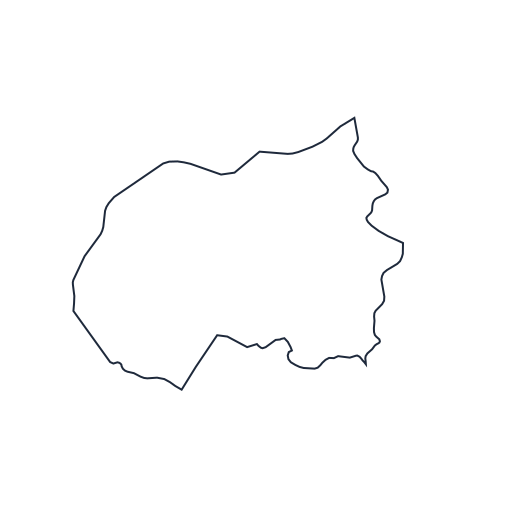 map outline of Đắk Lắk (Robinson projection), rotated 304°
{"feature_id": "VNM-477", "entity_name": "Đắk Lắk", "entity_type": "Province", "adm_level": 1, "iso_a3": "VNM", "parent_name": "Vietnam", "parent_adm1": "", "projection": "robinson", "projection_center": [108.237, 12.77], "detail": "fine", "context": "isolated", "style": "outline", "palette": "slate", "viewbox_px": 512, "rotation_deg": 304, "n_neighbors": 0, "source": "natural_earth", "source_scale": "10m", "svg_char_len": 2023}
<svg xmlns="http://www.w3.org/2000/svg" viewBox="0 0 512 512"><g transform="rotate(304 256 256)"><path d="M103.6,269.1L103.1,261.8L103.3,255.2L102.7,248.8L99.8,242.0L93.8,234.3L92.3,231.4L91.4,227.7L90.6,220.3L88.2,214.1L87.7,211.4L88.1,208.7L89.4,206.3L90.5,205.3L91.0,204.0L91.0,202.4L90.4,200.6L87.1,197.9L86.5,194.4L108.3,135.4L114.9,131.7L121.2,127.8L129.9,120.2L131.8,118.8L134.0,118.0L160.0,114.0L187.1,115.0L190.9,114.4L194.6,113.2L209.1,105.6L212.9,104.6L217.4,104.4L225.6,105.4L280.8,127.3L285.7,131.3L290.5,138.0L293.3,143.8L295.8,150.2L304.0,181.5L313.1,191.6L344.5,200.6L358.4,225.2L361.4,229.0L365.8,232.9L378.2,241.7L387.7,247.0L392.9,248.9L410.7,253.5L425.5,260.3L411.1,274.3L409.4,275.4L407.4,275.9L402.9,275.9L400.9,276.1L399.2,276.7L397.4,277.8L395.6,280.6L393.7,285.1L390.5,295.4L390.3,300.3L390.6,303.9L391.5,305.9L391.5,308.6L390.6,312.2L388.4,317.8L386.2,326.0L384.8,328.3L382.0,329.5L379.4,328.7L371.6,323.9L369.5,323.1L367.3,323.0L365.0,323.4L362.7,324.4L358.8,326.7L357.2,327.1L355.8,327.1L351.0,326.1L349.3,326.2L348.0,327.5L346.8,329.9L345.8,334.9L345.4,343.7L346.2,354.3L349.0,370.6L339.9,376.5L336.5,377.6L332.3,378.3L328.5,377.5L317.8,372.5L313.4,371.2L309.9,371.7L306.6,373.1L294.1,385.1L290.5,387.2L286.6,387.5L277.6,385.8L274.8,386.1L271.8,387.8L268.5,390.5L262.1,394.1L258.9,396.4L257.0,398.7L256.4,400.8L255.9,404.8L254.6,406.4L253.2,406.7L251.9,406.2L250.3,405.3L248.2,404.6L243.6,404.4L237.5,402.8L234.3,402.9L232.2,403.9L230.0,405.8L227.7,407.6L228.6,404.9L229.0,402.9L229.8,400.6L230.4,398.2L230.1,395.6L229.2,394.6L224.2,390.6L220.4,383.1L218.9,380.1L214.9,377.7L212.4,373.6L208.8,371.7L204.6,370.7L201.4,370.4L197.9,369.6L195.4,367.6L189.8,358.1L188.4,354.1L187.7,349.6L187.4,344.3L188.6,340.6L191.3,337.9L194.7,336.9L197.7,338.6L199.9,335.5L202.6,330.4L203.7,325.5L201.4,323.3L200.2,322.6L197.4,319.2L185.8,315.0L183.2,313.0L182.7,311.4L182.9,308.3L183.5,306.0L175.5,299.6L173.2,277.3L168.6,268.1L130.6,268.1L103.6,269.1Z" fill="none" stroke="#1e293b" stroke-width="2"/></g></svg>